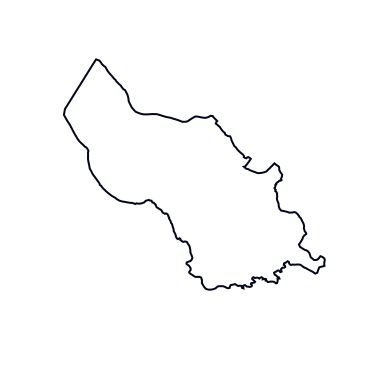 Ovia South-West, Edo, Nigeria (Natural Earth projection), rotated 301°
{"feature_id": "59680162B58622494857171", "entity_name": "Ovia South-West", "entity_type": "district", "adm_level": 2, "iso_a3": "NGA", "parent_name": "Nigeria", "parent_adm1": "Edo", "projection": "natural_earth1", "projection_center": [5.256, 6.471], "detail": "fine", "context": "isolated", "style": "outline", "palette": "ink", "viewbox_px": 384, "rotation_deg": 301, "n_neighbors": 0, "source": "geoboundaries", "source_scale": "gbopen_adm2", "svg_char_len": 5774}
<svg xmlns="http://www.w3.org/2000/svg" viewBox="0 0 384 384"><g transform="rotate(301 192 192)"><path d="M196.9,343.6L197.5,343.0L199.2,341.9L201.9,341.0L203.3,339.6L203.5,337.0L203.1,335.1L200.5,334.9L198.1,334.0L196.6,331.7L197.2,327.5L199.2,325.1L200.2,323.9L200.9,321.8L200.9,319.9L200.5,318.8L200.5,317.6L200.5,315.2L200.6,312.8L202.1,310.7L204.7,310.9L208.3,310.9L210.7,310.4L212.7,310.7L213.4,311.0L214.9,311.5L215.8,310.7L216.3,309.0L218.7,306.4L220.1,306.0L222.3,303.9L224.0,301.2L225.4,299.0L226.1,296.5L226.6,296.0L226.8,295.2L227.2,294.6L227.4,293.8L227.7,292.6L227.8,291.5L227.7,290.6L227.1,289.6L226.1,288.6L225.6,287.9L224.4,285.9L224.0,283.6L223.4,281.9L222.7,279.9L222.0,278.1L222.5,276.6L222.8,275.6L224.3,273.9L227.1,271.7L228.4,269.8L229.6,268.5L230.5,267.9L232.0,267.5L233.1,266.4L234.4,265.9L235.5,264.4L235.6,263.0L236.2,262.7L236.9,262.7L237.4,261.1L238.0,260.6L238.7,260.9L239.5,260.6L240.9,259.8L241.7,260.4L242.5,259.7L244.3,260.2L245.3,260.8L246.4,260.9L247.1,261.4L247.4,262.2L248.4,262.6L249.0,261.6L250.7,261.3L251.5,261.1L253.3,260.4L254.7,257.2L256.0,255.3L257.5,254.4L258.5,253.3L258.6,252.2L258.6,251.0L258.7,249.7L258.9,248.9L259.0,247.9L256.3,247.3L254.3,246.8L253.9,246.6L253.0,246.6L251.5,246.1L249.5,245.5L248.4,245.3L247.8,245.1L246.8,244.3L246.2,243.8L245.0,242.6L243.6,241.0L242.9,240.1L242.1,238.6L241.7,237.2L241.5,235.6L240.9,232.7L240.5,230.3L240.6,228.8L239.9,226.5L240.0,225.7L240.4,223.5L241.0,224.2L241.7,224.5L246.1,225.1L247.4,225.1L248.2,225.2L250.7,225.3L250.9,224.6L250.9,222.1L250.3,221.7L248.8,221.1L248.5,219.8L248.6,218.4L249.5,218.1L250.3,216.6L250.6,214.4L250.8,212.9L251.7,209.2L252.1,208.3L252.8,206.8L253.1,204.8L253.9,203.5L255.3,201.4L256.5,199.4L257.6,198.4L258.5,197.4L259.3,196.0L258.4,193.7L258.4,192.3L258.4,191.0L259.6,189.6L259.8,187.9L260.4,185.9L261.3,183.9L262.1,182.2L262.4,180.2L262.7,178.8L262.9,177.2L263.7,177.0L264.6,176.8L265.8,177.1L267.2,171.7L267.8,170.7L267.5,170.1L266.9,168.7L264.6,167.4L262.9,165.8L261.8,164.1L260.3,160.4L260.0,159.1L258.6,156.1L257.5,155.4L256.3,154.7L253.8,153.4L252.9,153.0L252.4,152.8L250.9,152.1L249.5,151.1L248.1,149.1L247.2,147.5L246.4,142.8L245.5,139.4L245.0,137.3L244.9,136.7L244.1,134.1L243.2,131.7L242.1,127.7L241.5,125.0L240.6,121.7L239.2,119.3L238.3,117.7L236.6,115.3L234.9,112.7L233.5,110.3L232.9,108.4L232.6,107.6L231.8,103.0L232.0,101.3L233.4,96.9L235.1,94.2L236.0,92.8L237.4,90.8L239.4,89.4L241.4,87.4L242.5,86.0L244.8,82.3L244.8,80.3L245.6,78.0L246.4,76.3L246.5,76.3L247.0,73.6L247.9,70.2L248.7,68.5L249.0,66.8L250.1,63.8L251.2,60.1L252.4,57.1L254.6,53.3L254.6,52.0L255.2,49.0L256.0,47.5L256.9,45.1L256.3,41.5L249.0,41.3L197.6,40.4L192.1,42.5L188.6,48.7L186.7,52.7L186.3,53.4L183.2,58.4L182.3,59.8L180.8,62.5L179.7,64.6L179.1,65.6L178.5,66.9L177.7,68.6L177.1,70.6L176.8,72.2L176.5,73.6L176.3,74.9L175.7,76.6L175.7,78.6L175.4,79.6L174.0,82.0L171.9,82.7L170.5,83.7L168.7,84.7L166.4,86.1L164.4,87.8L161.2,90.8L159.5,92.2L157.8,95.2L156.3,97.5L155.5,99.2L154.6,101.6L153.4,104.3L151.7,108.3L150.6,109.3L150.6,110.7L149.7,112.7L149.1,114.7L148.6,117.1L148.5,117.3L148.0,120.1L147.7,122.8L147.4,124.8L147.4,126.8L147.4,127.8L147.5,129.2L147.2,131.5L147.2,134.2L147.5,135.5L148.1,137.5L148.2,137.8L149.0,139.6L149.5,141.2L150.1,142.6L151.0,144.9L151.6,145.9L152.2,147.6L152.4,149.5L153.7,150.3L154.0,151.3L155.1,153.3L155.7,153.9L156.3,154.6L158.3,156.3L160.7,156.9L163.0,159.1L163.0,160.0L163.1,160.4L163.7,161.8L163.1,162.6L162.6,163.5L163.1,164.7L162.7,165.7L162.5,167.3L161.5,168.4L160.8,169.5L160.7,171.0L160.7,174.7L160.2,176.0L159.3,177.3L159.3,178.3L159.3,179.9L159.7,180.1L159.9,180.3L160.4,181.2L160.3,182.3L159.6,183.8L158.8,184.4L158.4,185.5L157.8,185.7L157.2,186.5L155.9,188.8L154.8,189.9L154.1,191.6L152.6,193.0L150.9,195.1L149.0,196.5L147.9,198.5L146.8,200.1L145.4,201.2L145.1,202.0L144.4,202.9L144.4,204.2L145.1,204.7L145.9,205.2L145.9,206.1L144.9,206.7L144.9,208.1L144.6,209.2L144.7,210.2L145.8,211.3L146.2,212.0L146.5,212.9L146.5,213.7L145.6,214.8L144.7,217.1L143.2,218.9L140.9,220.8L139.2,221.9L138.3,223.2L137.1,224.8L136.2,225.8L135.9,226.2L134.5,226.5L132.9,226.5L132.6,226.3L131.8,226.0L130.2,224.7L128.8,223.7L127.6,224.3L127.6,224.5L127.3,226.0L127.3,226.9L127.0,228.1L125.9,230.1L124.5,231.0L122.4,230.7L121.4,231.2L121.2,232.4L121.1,233.2L121.0,235.8L120.9,237.8L121.2,239.1L122.2,240.6L123.2,242.3L123.3,243.9L121.6,245.9L118.9,247.5L118.4,248.5L117.0,251.0L116.2,253.5L116.3,254.8L117.1,257.1L118.9,259.6L121.5,261.8L123.2,262.3L124.0,262.5L125.1,263.6L127.2,267.0L127.3,267.5L127.6,268.7L127.8,271.9L129.0,273.6L130.2,273.3L131.2,273.2L132.1,273.1L133.0,274.1L134.0,275.2L135.2,276.3L135.2,278.0L135.1,279.3L135.3,280.1L136.0,280.9L136.9,282.4L136.6,283.3L135.6,284.2L135.9,285.7L137.8,284.1L138.9,284.8L139.5,285.4L139.2,287.8L139.9,289.1L140.2,290.2L141.2,291.3L142.2,291.7L143.0,291.3L143.5,289.8L144.5,289.8L145.1,290.6L146.7,292.3L147.6,292.3L147.9,290.7L148.4,288.4L149.1,288.1L149.8,288.1L150.6,288.5L150.6,290.2L152.0,291.7L152.5,292.9L152.5,294.4L153.4,294.6L154.0,294.9L154.8,295.5L154.7,297.1L153.6,297.6L155.2,299.3L155.4,300.4L154.0,300.7L154.3,301.8L153.9,303.5L155.7,305.5L156.6,307.0L157.2,308.4L157.0,311.2L157.8,311.8L160.7,310.9L161.7,310.0L162.8,311.5L163.6,310.3L163.3,309.6L163.8,307.0L163.7,305.5L165.1,303.9L166.6,304.7L167.6,305.4L168.6,305.7L169.2,306.3L169.4,307.2L168.8,309.0L169.9,309.8L171.7,308.1L172.9,308.2L173.6,308.5L174.5,309.9L175.7,310.5L176.8,309.6L176.8,308.2L178.2,307.7L180.4,309.1L181.9,309.6L182.0,311.0L180.7,312.2L180.3,314.1L181.7,315.8L182.8,317.8L184.5,320.2L185.5,322.5L185.1,326.9L185.4,329.2L185.4,331.2L185.6,334.1L185.8,336.9L185.6,337.7L185.6,339.8L187.4,341.0L189.4,340.5L190.5,340.3L193.0,339.9L196.9,343.6Z" fill="none" stroke="#020617" stroke-width="2"/></g></svg>